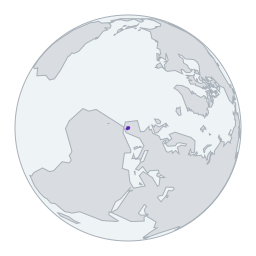 Córdoba on an orthographic globe, rotated 84°
{"feature_id": "ESP-5817", "entity_name": "Córdoba", "entity_type": "Autonomous Community", "adm_level": 1, "iso_a3": "ESP", "parent_name": "Spain", "parent_adm1": "", "projection": "orthographic", "projection_center": [-4.923, 37.957], "detail": "fine", "context": "on_globe", "style": "filled", "palette": "violet", "viewbox_px": 256, "rotation_deg": 84, "n_neighbors": 0, "source": "natural_earth", "source_scale": "10m", "svg_char_len": 9737}
<svg xmlns="http://www.w3.org/2000/svg" viewBox="0 0 256 256"><g transform="rotate(84 128 128)"><circle cx="128" cy="128" r="113" fill="#eef3f6" stroke="#a8b0b8"/><path d="M36.8,194.1L31.7,185.3L29.4,180.8L24.9,172.2L19.2,153.8L19.4,150.2L18.7,146.4L21.0,143.2L21.3,134.9L20.7,132.3L19.6,133.5L18.5,123.7L19.3,116.3L22.2,90.3L23.9,85.8L26.1,81.3L38.0,61.2L27.8,77.1L30.3,72.2L34.4,65.6L34.6,65.5L40.7,57.5L44.5,52.8L53.2,44.5L62.8,38.9L60.1,41.0L62.7,39.7L66.3,37.0L68.0,35.6L81.9,29.5L94.4,23.8L96.4,22.0L97.5,22.6L99.9,19.7L105.4,17.9L100.4,20.0L100.8,20.3L105.2,19.0L106.5,19.1L109.4,18.6L110.7,18.9L107.6,20.4L108.4,20.7L111.4,19.8L114.6,19.8L110.0,21.0L115.1,21.2L110.9,24.4L97.7,28.6L96.5,31.6L86.0,39.6L88.1,39.5L85.4,42.9L86.9,44.1L84.5,45.5L87.8,45.3L89.7,43.9L91.7,43.4L92.7,44.0L89.9,45.8L89.0,45.8L88.7,46.7L86.8,47.3L88.3,47.4L84.7,49.7L89.8,48.5L88.2,51.2L85.4,52.5L83.8,50.9L73.2,50.8L69.9,52.1L66.9,55.2L65.2,63.8L62.3,66.0L59.8,70.0L62.3,69.3L65.1,66.0L69.1,66.0L72.0,62.2L74.1,61.7L77.9,58.7L79.4,60.8L78.7,64.6L75.6,67.4L75.3,69.2L79.9,68.1L75.7,75.1L75.8,83.0L74.5,84.8L68.9,85.1L64.7,80.9L57.5,82.4L64.2,83.3L60.8,88.1L61.1,89.8L62.5,90.8L64.6,89.7L63.9,91.9L57.0,91.6L57.5,89.6L59.7,89.6L57.7,87.8L53.0,88.1L51.7,90.8L46.0,89.3L45.0,91.3L43.2,92.2L45.2,89.0L41.5,94.9L34.6,95.6L29.4,105.9L32.3,95.4L31.9,91.9L31.0,88.9L30.1,90.5L30.2,85.1L28.1,84.5L24.0,90.8L21.4,98.2L21.6,103.3L23.2,101.4L24.2,104.2L20.3,110.6L21.5,117.9L19.5,124.0L19.5,129.2L20.9,131.3L22.1,135.9L24.1,134.2L26.9,135.5L25.8,141.0L28.2,137.9L29.1,142.4L35.2,148.6L34.5,149.4L39.5,161.0L46.7,169.1L48.3,174.2L47.3,176.0L50.2,178.5L50.3,180.0L63.4,189.1L71.4,196.0L72.0,201.0L67.0,204.2L66.6,213.2L58.7,211.5L59.4,214.4L58.0,215.8L52.8,211.7L57.2,215.5L56.9,215.4L49.6,208.9L42.9,201.7L36.8,194.1ZM27.6,108.9L29.2,120.2L26.8,117.1L27.5,116.9L27.4,113.3L26.8,108.3L25.1,106.0L27.6,108.9ZM31.7,106.5L31.3,105.0L31.9,106.1L31.7,106.5ZM68.6,35.1L66.2,37.0L62.5,39.5L64.3,37.8L68.6,35.1ZM75.9,30.9L75.2,31.7L72.3,32.7L73.6,32.0L75.9,30.9ZM97.5,20.9L95.3,21.8L96.9,21.0L97.5,20.9ZM109.6,18.4L109.8,18.2L111.2,18.1L109.6,18.4ZM76.8,57.7L77.3,58.2L76.4,58.5L76.8,57.7ZM78.0,56.1L76.5,56.1L76.9,55.3L77.8,55.3L78.0,56.1ZM114.4,18.5L116.6,18.5L113.9,18.8L114.4,18.5ZM79.8,56.2L77.6,54.0L78.3,52.6L82.3,51.5L79.8,56.2ZM117.6,18.7L123.0,18.9L123.9,18.3L124.5,20.3L119.7,19.3L116.1,19.6L118.0,19.1L117.6,18.7ZM89.8,43.1L87.8,44.7L88.5,42.8L89.8,43.1ZM89.7,42.0L88.9,37.3L92.3,35.5L91.9,37.4L95.6,34.7L97.7,36.0L96.1,37.8L93.5,38.7L96.3,38.6L89.7,42.0ZM124.0,21.5L124.9,21.9L123.4,21.8L124.0,21.5ZM92.6,43.0L92.1,42.1L95.0,40.5L96.5,41.9L95.1,42.0L92.6,43.0ZM95.5,33.4L98.0,32.5L100.3,33.3L101.6,33.1L98.0,35.9L95.5,33.4ZM95.0,42.7L97.2,42.7L96.8,44.2L93.2,43.8L95.0,42.7ZM95.2,39.5L96.6,38.8L96.3,39.6L95.2,39.5ZM96.5,49.7L95.9,48.5L97.3,47.5L96.5,49.7ZM98.1,42.6L98.2,42.1L98.7,41.6L100.1,42.0L98.1,42.6ZM99.9,36.4L100.4,37.0L101.5,35.3L103.3,36.0L100.6,37.8L102.5,37.3L103.1,37.5L100.3,38.8L99.9,36.4ZM103.0,40.9L100.1,43.7L101.0,46.0L99.7,46.9L98.6,43.1L103.0,40.9ZM101.6,39.5L102.2,40.6L100.3,41.1L98.8,40.7L101.6,39.5ZM105.5,35.9L103.5,34.3L104.1,34.0L105.5,35.9ZM103.6,41.5L104.3,40.8L103.9,41.6L103.6,41.5ZM105.4,37.4L104.5,36.9L105.3,36.5L105.4,37.4ZM106.3,40.0L105.4,40.8L104.3,40.6L106.3,40.0ZM106.2,38.7L107.4,38.4L104.5,40.0L105.7,38.5L106.2,38.7ZM106.2,37.2L106.4,36.8L106.5,37.5L106.2,37.2ZM110.9,40.7L107.4,42.8L105.1,42.1L108.8,40.1L110.9,40.7ZM194.5,37.1L198.9,40.6L196.3,38.6L201.2,42.6L202.3,43.4L199.7,41.1L206.1,46.8L212.1,53.0L217.5,59.7L222.5,66.7L226.9,74.1L230.7,81.8L234.0,89.8L233.4,88.3L234.9,92.9L233.6,89.7L231.2,86.6L232.7,93.3L236.0,109.2L238.3,118.2L238.6,124.7L234.1,116.9L230.4,109.6L229.8,112.7L224.4,109.9L217.9,118.4L216.0,117.0L215.0,119.7L211.0,120.3L207.8,117.7L205.8,119.8L214.0,126.6L216.1,124.3L216.5,118.3L218.5,121.4L222.2,121.6L221.4,134.6L210.2,153.4L207.6,147.1L191.3,133.4L190.9,130.8L190.8,130.6L190.5,130.2L190.6,134.6L187.3,131.6L197.6,142.6L200.0,148.1L210.1,154.0L209.5,155.6L212.3,156.1L219.4,147.4L219.7,149.7L217.3,163.4L206.2,184.8L206.8,192.4L204.5,199.7L195.7,208.2L194.6,212.5L189.8,216.1L188.2,218.6L183.3,222.5L175.7,227.0L164.9,230.5L165.7,228.8L162.5,226.4L158.8,217.1L163.1,210.8L162.7,206.3L154.7,197.0L156.6,190.2L154.1,187.8L149.1,189.3L146.0,186.3L142.8,186.6L122.0,190.2L114.8,185.7L104.0,170.8L107.2,165.0L106.2,157.8L126.4,132.3L132.4,133.4L150.3,127.5L152.9,127.9L152.6,134.2L167.6,137.9L170.2,131.9L181.8,131.8L188.4,128.7L187.4,116.9L176.6,121.8L172.9,117.4L180.0,108.9L189.1,104.8L188.0,103.0L180.7,101.4L181.1,96.6L177.9,100.6L180.4,101.8L178.5,104.5L176.1,103.5L176.3,101.8L173.1,102.2L172.7,110.9L175.2,113.1L167.8,117.5L171.2,121.7L169.7,124.8L163.4,118.8L162.8,116.0L152.4,110.4L152.3,113.7L162.2,119.3L159.8,119.3L159.9,124.3L158.0,120.6L147.2,114.0L139.5,117.5L132.4,130.5L127.3,132.0L121.8,130.0L121.6,117.9L133.0,116.0L133.1,112.1L128.4,107.0L132.3,107.0L131.8,104.9L135.9,104.0L139.3,98.0L143.1,96.7L142.2,90.0L144.1,88.5L144.1,92.8L146.1,95.3L155.3,92.4L156.4,90.6L155.1,86.6L157.8,86.5L155.3,83.0L159.5,79.7L152.4,80.9L150.6,76.7L151.9,72.6L150.1,71.5L148.0,78.3L148.3,80.9L150.6,82.7L150.3,90.4L147.6,92.4L143.1,85.5L138.8,87.7L137.1,81.7L143.9,66.5L147.8,62.7L159.1,64.4L159.4,67.4L155.6,68.1L161.2,71.0L159.7,69.0L162.0,69.1L160.9,65.4L162.4,65.3L158.8,62.1L160.5,61.6L162.8,63.6L162.7,58.2L165.7,56.4L165.0,55.2L163.3,54.5L168.3,53.0L167.5,52.2L165.6,52.4L162.7,51.1L159.7,48.3L161.6,47.9L163.0,48.9L168.6,50.5L171.9,53.3L172.4,52.9L170.0,50.4L163.1,48.4L160.7,46.8L164.0,47.3L162.6,47.0L162.0,46.2L163.2,45.0L159.6,44.3L150.7,36.4L152.1,33.7L156.0,34.8L151.7,29.7L153.7,27.7L151.9,27.8L148.6,25.8L148.0,26.4L146.9,26.3L138.2,22.3L137.7,21.2L131.9,20.2L131.0,20.3L131.1,21.0L124.5,20.3L123.9,18.3L126.0,18.1L124.2,17.2L129.3,17.0L132.7,16.5L139.3,17.1L141.4,17.0L140.4,16.7L142.5,16.5L150.2,17.6L148.3,17.8L137.6,17.8L142.3,17.8L142.5,18.2L145.0,18.6L148.2,18.7L147.8,18.4L159.5,21.9L169.8,24.8L166.0,22.8L166.3,22.5L174.7,25.5L181.1,28.7L187.9,32.6L194.5,37.1ZM121.5,145.7L121.5,148.0L121.5,145.7ZM200.3,106.0L204.8,102.9L200.1,97.8L201.4,96.2L199.3,95.2L199.7,97.4L194.3,94.3L195.2,90.8L193.3,88.3L191.7,89.3L190.8,96.3L198.7,100.7L198.8,104.2L200.3,106.0ZM35.4,148.7L36.1,150.5L35.0,149.6L35.4,148.7ZM25.7,118.8L26.4,120.3L26.5,121.9L25.8,121.1L25.7,118.8ZM33.5,130.5L34.7,132.5L33.2,131.3L33.5,130.5ZM29.6,121.9L32.6,129.1L29.6,127.5L27.8,123.0L29.5,124.8L29.6,121.9ZM29.8,109.0L30.1,110.3L29.4,111.0L29.8,109.0ZM32.2,107.3L31.9,107.1L32.1,105.8L32.2,107.3ZM61.3,88.1L61.8,88.2L62.8,89.6L61.6,89.7L61.3,88.1ZM71.8,91.7L70.4,95.1L70.6,92.6L68.6,93.3L66.5,89.1L73.7,85.5L70.8,87.8L71.8,91.7ZM65.7,82.8L66.2,85.6L65.4,82.7L65.7,82.8ZM125.0,94.7L127.2,95.8L126.7,98.5L121.9,100.8L122.5,97.0L125.0,94.7ZM130.3,96.9L127.1,89.7L130.0,88.2L128.9,90.2L131.1,89.9L130.0,93.1L135.8,99.0L135.8,101.8L126.9,104.2L129.8,101.7L127.6,100.7L130.3,96.9ZM113.9,76.6L112.5,74.1L120.5,73.9L120.8,76.2L116.1,78.6L112.9,77.2L113.9,76.6ZM87.3,54.9L86.3,54.5L87.1,53.9L88.6,53.8L87.3,54.9ZM96.1,49.2L92.6,56.5L91.3,56.3L90.9,61.2L87.2,62.6L87.6,59.3L84.4,64.2L83.3,61.9L81.5,65.3L82.8,57.9L81.6,56.2L84.3,57.5L87.7,56.2L88.9,55.1L91.3,50.9L90.5,46.9L93.7,45.2L96.3,45.1L97.0,45.8L94.6,46.6L97.2,47.0L94.4,48.7L96.1,49.2ZM124.1,48.3L121.1,48.4L125.8,50.6L123.0,51.9L123.7,52.1L122.4,54.0L122.1,56.6L120.5,56.9L121.0,57.9L120.2,59.2L120.4,60.7L117.7,61.8L117.7,63.7L116.4,63.2L117.2,66.2L115.4,64.5L114.1,66.2L116.5,66.9L101.2,70.8L96.2,74.2L93.1,78.1L90.4,75.0L91.6,69.5L95.0,63.7L100.2,61.1L98.0,60.3L99.9,58.9L100.8,60.1L100.5,57.5L102.3,56.6L105.3,52.3L103.7,49.2L104.8,47.7L106.3,48.5L106.3,46.4L109.9,46.9L110.8,45.9L115.2,45.5L117.6,47.9L118.4,46.5L121.7,46.4L124.1,48.3ZM112.1,40.6L115.7,42.9L115.9,44.8L108.2,44.7L106.9,45.6L101.9,45.9L101.8,43.2L103.2,43.3L104.5,42.8L104.1,43.9L105.5,42.7L107.5,42.9L109.1,42.1L109.8,43.0L112.1,40.6ZM154.6,125.1L156.4,125.0L158.9,124.0L159.0,127.3L154.6,125.1ZM147.3,120.8L148.7,120.0L150.0,123.9L148.2,124.2L147.3,120.8ZM148.4,116.5L148.7,119.7L147.4,118.1L148.4,116.5ZM145.3,92.0L146.7,91.2L147.3,92.0L147.0,93.6L145.3,92.0ZM137.6,56.2L135.9,55.7L136.0,55.1L133.4,52.6L135.3,51.6L137.6,52.7L137.6,56.2ZM186.2,119.6L185.0,122.6L183.7,122.1L184.4,121.2L186.2,119.6ZM171.8,125.6L175.6,125.7L171.8,126.4L171.8,125.6ZM139.3,54.7L138.0,53.8L139.7,53.8L139.3,54.7ZM136.5,50.8L138.4,50.6L135.2,51.2L136.5,50.8ZM217.5,189.3L208.5,204.1L205.0,206.7L205.8,204.2L210.1,196.1L214.6,191.1L217.3,186.2L217.5,189.3ZM238.6,118.7L239.7,122.1L239.6,124.4L238.6,118.7ZM153.6,46.5L155.2,50.9L157.6,53.7L161.0,54.7L157.0,55.4L153.3,50.9L153.6,46.5ZM150.8,37.6L147.9,37.0L148.7,36.2L149.5,36.2L150.8,37.6ZM149.4,37.9L146.8,39.2L144.8,38.2L147.3,37.4L149.4,37.9ZM143.2,46.5L143.5,47.8L142.1,47.7L143.2,46.5ZM170.0,23.5L165.0,22.2L163.2,21.7L165.4,21.8L166.8,22.3L168.6,22.9L168.7,23.0L170.0,23.5ZM125.7,21.6L124.9,21.9L124.8,21.4L125.7,21.6ZM146.6,26.7L145.1,26.5L145.0,25.9L146.6,26.7ZM140.8,25.8L142.0,26.6L140.0,25.9L140.8,25.8ZM144.7,28.5L142.0,27.0L145.7,28.2L144.7,28.5Z" fill="#d9dde1" stroke="#a8b0b8" stroke-width="1"/><path d="M129.4,129.1L129.2,129.2L129.1,129.3L128.9,129.5L128.8,129.3L128.7,129.3L128.6,129.5L128.5,129.4L128.4,129.4L128.4,129.2L128.2,129.2L128.0,128.9L128.0,128.7L127.9,128.7L128.0,128.6L127.9,128.6L127.7,128.5L127.4,128.7L127.2,128.6L127.3,128.5L127.4,128.4L127.3,128.2L127.2,128.1L127.1,127.8L127.0,127.7L127.1,127.4L127.0,127.2L127.2,126.9L127.3,126.9L127.4,126.7L127.5,126.7L127.8,126.5L128.0,126.6L128.3,126.8L128.5,126.9L128.5,127.0L128.8,127.2L129.0,127.2L129.1,127.3L129.1,127.5L129.0,127.8L129.0,128.0L129.0,128.3L129.1,128.5L129.3,128.8L129.4,129.0L129.4,129.1Z" fill="#8b5cf6" stroke="#5b21b6" stroke-width="1.5"/></g></svg>